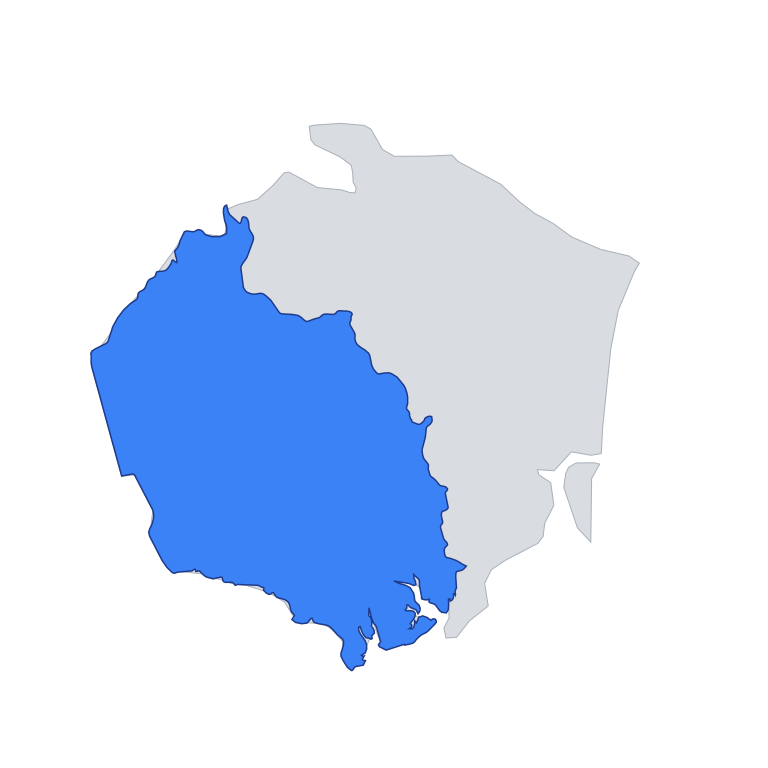 location of Northern within Sierra Leone, rotated 255°
{"feature_id": "SLE-762", "entity_name": "Northern", "entity_type": "Province", "adm_level": 1, "iso_a3": "SLE", "parent_name": "Sierra Leone", "parent_adm1": "", "projection": "mercator", "projection_center": [-12.175, 9.121], "detail": "fine", "context": "in_parent", "style": "filled", "palette": "blue", "viewbox_px": 768, "rotation_deg": 255, "n_neighbors": 0, "source": "natural_earth", "source_scale": "10m", "svg_char_len": 7746}
<svg xmlns="http://www.w3.org/2000/svg" viewBox="0 0 768 768"><g transform="rotate(255 384 384)"><path d="M652.4,378.5L652.0,384.1L646.9,409.9L638.8,432.0L633.5,437.4L610.9,443.2L601.3,452.9L593.0,484.3L587.6,508.9L579.8,513.1L546.6,548.6L524.9,562.1L509.7,573.7L495.4,588.8L477.3,603.5L457.9,628.2L444.1,653.9L434.6,661.9L427.5,654.7L394.4,629.3L359.6,612.3L285.4,583.9L260.6,575.9L261.5,565.8L270.0,547.4L256.2,525.8L261.6,510.0L256.2,510.0L245.6,519.5L222.9,516.7L207.9,503.2L195.6,498.3L190.3,491.5L182.4,455.8L176.8,439.6L165.4,429.6L142.6,427.2L133.2,405.4L120.6,388.5L122.6,378.1L132.9,378.7L141.0,386.2L154.0,389.4L170.1,371.1L184.6,361.2L188.0,352.5L186.2,347.7L177.4,355.1L153.4,353.2L147.5,359.9L136.8,362.0L128.5,340.6L128.9,328.0L132.3,314.1L156.5,311.7L158.5,307.2L141.8,304.3L120.8,288.1L117.1,277.0L127.5,273.2L137.4,274.9L146.0,277.3L155.4,273.3L164.1,267.2L169.4,259.4L176.5,238.4L199.2,231.4L212.6,218.5L225.3,198.6L231.1,184.5L236.3,177.6L239.6,171.5L242.1,164.8L247.8,158.7L253.7,143.9L257.8,130.4L270.9,123.9L297.6,118.1L321.7,128.0L360.8,119.4L362.8,106.7L398.6,106.5L441.0,106.3L476.2,106.1L488.3,109.5L492.7,118.9L504.3,133.8L516.5,144.0L531.5,166.6L549.0,192.7L567.9,216.4L580.0,229.2L581.4,233.7L580.5,238.8L574.5,250.8L569.4,263.8L569.9,268.7L573.5,271.1L593.2,275.2L595.1,289.7L595.1,309.7L604.7,328.4L613.8,342.1L613.3,347.0L591.0,370.4L582.3,393.7L577.9,400.3L576.1,405.5L580.6,407.9L586.7,406.4L595.4,408.3L603.6,409.0L614.5,400.6L632.7,379.3L638.8,376.6L652.4,378.5ZM253.4,566.9L250.8,571.6L239.0,560.1L177.7,542.8L195.0,533.6L237.6,530.9L250.2,536.2L255.8,540.7L258.0,549.2L253.4,566.9Z" fill="#d9dde1" stroke="#a8b0b8" stroke-width="1"/><path d="M476.4,106.2L480.9,106.7L487.0,108.5L489.4,108.7L491.4,110.4L492.7,114.4L495.1,126.3L496.4,128.4L509.6,136.9L516.9,143.9L523.1,151.9L527.4,160.0L529.4,166.2L530.5,167.9L531.5,168.5L534.4,169.6L535.6,170.5L536.3,171.9L537.5,176.7L538.9,178.4L543.4,181.6L545.1,183.4L545.8,184.9L546.7,189.8L548.0,191.5L549.8,192.4L551.1,193.5L551.0,196.1L550.0,200.6L550.7,203.8L552.7,206.5L555.3,209.4L558.1,211.2L558.5,212.3L556.6,213.6L554.9,215.2L557.1,215.9L560.2,216.0L561.4,215.8L563.1,216.1L565.0,216.0L566.7,216.4L568.8,219.6L570.9,221.5L573.3,223.1L575.1,224.0L582.7,230.6L582.9,232.9L580.4,239.1L580.4,240.7L581.2,243.7L580.9,245.4L579.5,247.5L577.6,248.7L575.6,249.6L573.9,250.8L570.7,256.4L568.8,264.2L570.1,270.7L576.4,272.7L583.8,272.4L590.9,273.2L595.0,274.4L597.1,276.1L597.5,278.3L590.6,278.1L587.5,278.8L576.7,285.8L576.5,286.5L577.2,287.7L581.2,289.9L581.7,290.7L581.8,291.7L580.7,293.6L579.6,294.4L578.4,294.8L576.1,295.0L573.9,294.8L569.8,294.0L568.8,294.0L567.6,294.1L562.4,295.6L560.3,295.9L558.9,295.7L557.8,295.4L555.5,294.1L541.8,284.4L540.6,283.1L537.3,279.0L534.8,276.5L533.6,276.0L532.0,275.6L513.8,273.2L511.2,273.8L509.5,274.5L507.7,275.8L505.2,279.5L504.5,281.3L504.1,283.3L503.7,287.7L503.0,289.5L502.0,290.9L500.7,292.1L495.5,295.6L493.8,296.5L480.8,301.1L479.3,301.9L478.2,303.4L474.9,313.5L472.6,318.5L471.5,319.8L470.0,321.1L465.9,323.8L464.5,325.2L464.2,326.0L464.9,333.7L464.8,338.2L465.3,339.9L466.7,342.4L466.9,344.4L466.5,346.4L464.7,351.9L464.3,353.8L464.4,354.7L464.8,355.6L465.8,357.0L466.2,357.8L466.4,359.5L464.0,367.1L463.0,369.1L462.0,370.5L461.0,371.1L460.0,371.4L459.2,371.0L457.3,369.4L454.6,368.8L453.9,368.4L452.5,367.2L450.9,366.5L449.9,366.5L441.0,368.8L439.0,368.8L435.3,367.6L432.7,367.5L430.6,367.8L428.5,368.7L425.6,370.8L421.7,374.4L417.7,377.1L415.1,377.6L405.0,377.0L400.9,377.8L397.0,379.6L396.0,380.3L395.4,381.0L395.0,381.8L394.5,387.3L393.6,391.3L392.9,392.7L391.7,394.3L387.5,398.2L386.3,398.9L378.0,402.6L374.8,403.5L370.0,403.8L365.5,403.5L358.8,401.7L355.6,399.7L354.4,399.4L353.1,399.7L351.3,400.7L350.0,401.0L349.0,401.1L346.7,400.5L343.9,400.6L342.2,401.3L340.1,401.3L336.5,406.1L335.9,407.8L335.9,408.7L336.2,409.5L337.9,412.8L338.4,413.5L339.9,414.3L340.4,415.0L341.0,416.8L341.2,418.6L340.8,420.6L340.1,421.6L336.6,421.1L335.7,420.8L335.0,420.3L333.3,418.3L331.8,414.8L331.3,414.1L330.6,413.5L321.8,410.1L311.0,403.9L309.7,403.5L306.1,403.0L303.5,403.0L302.0,403.1L300.8,403.5L295.7,405.7L294.2,405.9L293.1,405.7L291.5,404.9L290.1,404.7L285.0,404.8L283.3,405.1L282.1,405.6L280.8,406.9L278.1,408.7L271.9,411.6L270.8,412.8L269.1,416.4L268.2,417.3L266.5,418.2L265.5,418.0L264.8,417.4L264.0,415.8L262.5,414.9L248.9,414.1L247.7,413.8L246.6,412.4L246.1,410.5L245.8,407.4L245.2,406.7L244.5,406.2L242.8,405.5L239.7,405.1L236.4,405.1L234.8,404.7L233.9,404.0L233.0,402.4L231.4,401.6L230.3,401.4L219.7,401.6L218.1,401.9L214.4,403.7L213.2,403.9L212.2,403.7L211.6,403.0L210.7,401.4L209.6,400.0L208.5,399.4L206.8,398.9L203.5,398.5L201.8,398.7L200.7,399.2L200.1,399.8L197.9,403.8L194.8,408.1L191.8,411.2L189.8,412.9L186.8,416.4L184.4,412.7L183.9,410.2L184.1,406.9L184.0,405.9L183.6,405.1L181.9,404.2L179.3,403.4L168.2,401.2L167.0,400.1L165.1,398.9L162.2,398.6L161.6,398.3L163.2,398.0L163.2,396.8L161.0,396.3L159.1,395.4L157.8,394.0L157.1,391.9L159.5,391.9L159.5,390.6L154.3,389.4L149.4,387.7L146.8,385.0L148.5,380.7L150.6,379.1L155.9,377.1L158.2,375.8L159.5,374.0L160.6,372.1L162.0,371.0L164.4,372.1L164.3,370.0L164.8,368.1L165.7,366.3L166.8,364.7L168.5,365.2L180.3,366.1L183.7,367.0L185.6,367.2L187.1,366.7L190.7,364.2L192.3,363.4L189.0,362.7L185.3,363.2L181.9,362.9L181.5,360.8L181.4,360.9L184.8,356.6L191.2,342.5L186.8,348.0L183.9,352.9L180.4,356.6L174.1,358.5L170.9,358.3L168.3,357.8L165.9,357.8L161.3,360.6L158.1,360.9L155.2,359.8L153.3,357.4L157.3,356.6L159.4,354.4L161.2,351.8L164.4,349.9L164.4,348.7L161.8,348.1L161.2,347.4L160.6,346.2L159.5,346.2L157.8,351.7L156.6,353.9L154.5,354.8L151.7,353.9L149.2,351.7L145.9,347.4L144.1,348.4L142.7,348.2L141.7,347.0L141.1,345.1L140.2,348.1L141.7,350.1L144.4,351.4L147.3,352.4L144.8,353.6L149.7,357.2L150.0,361.3L147.4,365.1L143.6,368.3L144.4,369.8L144.3,371.4L143.5,372.7L141.7,373.2L140.2,372.7L139.1,371.3L134.4,363.4L133.1,360.6L132.0,355.3L130.5,352.0L128.7,348.9L127.0,346.8L126.2,344.9L126.1,341.9L126.4,336.4L127.3,336.3L126.4,317.2L131.4,311.6L133.4,311.1L134.2,311.7L134.8,312.9L136.2,314.0L149.9,313.9L152.7,313.5L156.3,311.9L161.5,311.4L171.7,311.6L164.3,309.3L163.2,309.8L161.8,310.8L158.8,310.8L155.5,310.2L153.3,309.2L151.4,310.1L148.5,310.6L145.9,310.3L144.8,308.5L144.3,307.2L143.0,306.8L141.7,306.9L141.1,306.6L140.9,305.2L141.4,304.7L142.0,304.4L143.7,300.8L147.3,299.2L151.7,298.4L155.8,298.2L155.8,296.8L152.7,295.8L148.6,296.5L141.1,299.3L136.9,299.7L132.5,298.7L129.0,296.2L127.7,291.9L127.0,292.7L126.6,292.8L126.4,293.1L126.4,294.5L123.8,291.9L122.8,292.1L121.6,294.5L117.8,291.3L118.4,282.8L115.6,279.5L115.6,278.4L119.8,275.3L127.6,272.9L132.2,272.0L135.0,272.7L141.8,277.0L145.8,278.4L148.5,277.9L153.9,274.0L160.8,270.6L164.0,268.6L166.4,265.5L168.8,259.9L170.2,257.3L171.9,254.8L172.9,254.3L176.4,253.8L176.2,252.3L173.8,249.3L173.0,247.5L173.8,242.3L176.6,236.8L180.3,234.1L183.8,237.7L187.7,235.7L191.2,235.4L194.6,235.7L198.3,235.0L201.3,232.5L205.5,225.5L208.6,223.9L211.1,223.2L211.2,221.8L210.5,220.2L210.4,218.7L211.9,216.8L212.9,216.0L215.9,214.3L216.6,214.4L217.5,215.0L218.4,215.2L219.6,213.0L221.4,211.2L222.2,210.1L228.3,190.5L228.3,189.6L228.0,188.8L228.1,188.1L230.4,187.1L231.0,186.8L231.4,186.3L231.9,185.5L233.4,179.6L234.3,178.1L235.9,177.4L237.6,177.7L239.1,177.6L239.8,176.0L240.0,168.3L240.5,167.8L243.4,162.6L245.1,161.0L250.6,157.6L251.2,157.5L251.4,156.8L251.4,154.6L251.7,153.7L253.5,153.8L254.1,153.4L254.0,152.5L253.2,150.0L255.6,136.6L255.6,134.7L255.4,133.4L255.5,132.3L256.6,130.7L263.0,126.9L271.1,124.0L297.8,118.2L301.9,118.4L305.1,120.5L308.3,123.4L312.6,126.0L315.9,127.3L318.9,127.9L321.9,128.1L360.9,119.5L362.2,117.8L363.0,106.8L476.4,106.2Z" fill="#3b82f6" stroke="#1e3a8a" stroke-width="1.5"/></g></svg>